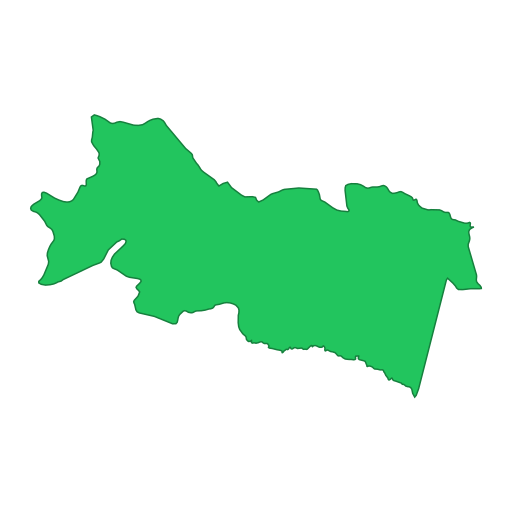 the Province of Orellana
{"feature_id": "ECU-1286", "entity_name": "Orellana", "entity_type": "Province", "adm_level": 1, "iso_a3": "ECU", "parent_name": "Ecuador", "parent_adm1": "", "projection": "orthographic", "projection_center": [-76.398, -0.797], "detail": "fine", "context": "isolated", "style": "filled", "palette": "green", "viewbox_px": 512, "rotation_deg": 0, "n_neighbors": 0, "source": "natural_earth", "source_scale": "10m", "svg_char_len": 6038}
<svg xmlns="http://www.w3.org/2000/svg" viewBox="0 0 512 512"><path d="M473.9,227.0L471.6,228.1L469.6,229.5L468.7,231.7L468.9,233.6L469.7,237.0L469.8,238.9L469.4,240.9L468.2,244.2L468.2,246.6L476.5,275.0L476.6,276.7L476.3,279.9L476.6,281.7L478.1,283.8L479.9,285.4L481.2,287.3L481.3,288.5L479.6,288.7L470.7,288.7L462.7,289.6L458.4,289.5L456.6,288.0L455.5,286.1L452.9,283.1L447.6,278.2L446.4,279.9L418.6,388.8L416.2,395.3L414.7,397.1L412.7,393.4L411.8,389.2L410.7,387.6L409.3,386.8L407.9,386.7L405.8,386.1L404.6,385.0L403.4,384.3L402.3,384.3L401.3,383.1L395.7,381.1L393.9,380.6L393.0,380.0L392.5,379.2L392.2,378.3L391.7,378.1L391.0,378.6L390.2,379.4L389.0,380.0L388.3,379.4L387.8,377.9L385.9,375.5L384.5,372.5L384.0,372.1L383.4,370.5L382.5,369.8L380.2,369.9L377.5,369.2L374.7,369.0L373.9,368.5L373.1,367.7L372.3,367.0L370.8,366.3L369.6,366.0L368.4,366.1L367.3,366.5L366.9,366.2L366.9,365.6L366.5,364.5L365.2,361.4L363.9,360.8L359.3,359.6L358.4,358.7L358.3,357.7L358.7,356.8L358.7,356.0L358.0,355.9L357.3,356.1L355.9,356.1L355.5,356.6L355.4,357.3L355.6,358.3L355.5,359.1L354.8,359.6L353.6,359.8L351.8,359.5L348.4,359.4L345.2,359.0L342.8,357.6L341.5,356.3L340.6,355.8L338.2,355.9L337.3,355.1L336.4,354.0L335.0,352.6L332.8,351.9L330.5,351.5L328.5,350.4L327.3,350.0L326.6,350.1L326.1,350.6L325.3,350.9L324.9,350.3L324.8,349.4L325.0,348.3L324.6,347.2L323.9,346.2L323.3,345.9L322.8,346.3L322.3,347.0L321.2,347.3L319.3,347.2L315.9,345.6L314.0,345.6L313.1,345.8L312.9,346.4L312.4,346.7L312.1,346.4L311.9,345.7L311.5,345.5L311.1,345.6L310.3,346.2L308.4,348.0L307.9,348.6L307.2,349.2L306.6,349.4L305.4,349.2L304.6,349.2L303.4,349.3L302.8,348.9L301.9,348.1L300.8,348.1L297.5,348.5L296.0,347.8L295.1,347.6L294.0,347.8L293.0,348.5L292.0,349.0L291.2,348.8L290.7,348.1L290.3,347.3L289.7,347.3L289.1,348.0L288.6,348.9L287.7,349.6L287.0,349.3L286.2,349.4L285.9,349.5L285.4,350.0L284.2,350.8L283.6,351.5L283.1,352.2L282.4,352.7L282.1,352.6L282.0,351.2L281.4,350.7L279.8,350.2L276.9,349.7L272.2,348.5L269.5,348.1L268.5,347.5L268.6,346.8L269.0,346.1L268.8,345.5L268.0,344.4L267.6,343.6L266.8,343.5L265.7,343.5L264.3,343.5L263.0,342.8L261.8,341.8L260.8,341.8L259.6,342.1L258.3,342.7L256.0,343.2L254.2,342.8L252.3,343.1L251.5,342.6L251.4,341.9L251.6,341.1L251.5,340.5L250.2,341.3L248.6,341.5L247.7,340.9L246.5,339.5L246.3,338.4L246.1,337.2L245.7,336.3L244.7,335.4L243.1,334.1L242.2,333.0L241.3,331.7L239.7,329.5L238.7,326.7L238.2,322.7L238.3,315.3L238.9,312.8L239.0,310.1L238.3,307.8L235.8,305.1L233.3,303.9L230.1,302.9L226.7,302.6L224.0,302.9L219.3,304.3L215.7,304.9L214.8,305.4L213.4,307.5L212.4,308.2L210.7,308.8L208.9,309.0L205.1,310.1L201.4,310.7L196.7,310.9L195.4,311.2L192.7,312.6L191.1,312.8L188.4,312.3L186.2,311.0L184.5,310.7L183.3,311.1L179.8,314.4L178.7,316.0L178.1,318.0L177.7,320.2L177.2,322.2L175.9,323.7L172.6,323.8L154.4,316.4L139.2,312.9L137.1,311.8L135.9,309.8L134.7,304.5L134.0,302.9L133.7,301.7L134.2,300.4L138.0,296.2L139.7,291.9L138.0,289.9L136.9,288.9L136.1,287.4L136.6,286.2L139.7,283.2L141.1,281.4L140.9,280.1L139.9,279.2L137.4,278.5L129.5,277.3L126.3,276.2L117.7,270.3L116.2,269.5L114.5,268.9L112.5,267.9L111.5,266.4L110.8,263.3L111.1,260.3L112.4,257.2L114.5,254.1L123.5,245.6L125.4,243.5L126.1,241.3L125.7,240.1L124.3,239.2L121.7,239.1L119.3,240.8L116.7,242.0L108.3,249.9L103.7,259.0L101.2,262.1L99.7,262.9L92.9,265.4L63.1,279.6L61.1,281.1L57.5,282.1L56.9,282.6L53.8,283.9L50.1,284.7L45.5,285.1L41.2,284.3L38.8,282.9L38.8,281.3L40.7,279.6L42.3,277.6L43.9,274.9L48.3,264.3L48.7,261.5L47.2,255.7L47.4,253.0L48.5,249.5L49.9,246.3L51.2,244.0L53.9,240.4L54.4,238.6L54.3,236.1L52.9,231.4L51.8,229.4L50.2,228.1L47.7,226.5L46.7,225.3L44.7,221.3L39.5,214.6L37.4,212.8L35.5,211.9L33.5,211.4L31.3,210.1L30.7,208.6L31.0,207.0L32.1,205.6L33.9,204.1L39.8,200.6L41.1,199.3L41.9,197.9L41.6,195.6L41.6,193.9L42.3,192.5L43.9,192.2L46.6,193.2L54.6,198.1L58.8,200.0L63.4,201.6L67.0,202.1L69.5,201.8L71.7,200.9L73.4,199.5L77.9,192.2L79.9,187.4L80.6,186.1L81.5,185.5L82.6,185.4L84.9,186.1L85.8,185.8L86.3,184.7L86.2,181.7L86.3,180.1L86.9,178.9L92.6,176.4L94.6,175.3L96.3,173.8L97.0,172.2L96.8,169.2L97.2,167.9L98.1,166.9L99.2,165.8L99.8,164.2L99.8,161.5L98.1,158.0L98.4,157.1L98.8,156.2L99.1,155.2L99.2,153.7L98.8,152.4L96.5,149.0L93.9,145.9L92.8,144.1L91.6,141.8L91.6,140.0L92.3,137.3L92.8,132.2L93.2,130.3L91.4,117.0L94.3,114.9L96.8,115.6L99.9,116.7L105.0,119.2L110.5,123.1L112.7,123.5L114.9,123.1L116.9,122.2L120.0,121.6L123.2,122.2L133.8,125.2L138.4,125.4L142.6,124.7L145.3,123.2L147.5,121.7L150.1,120.3L153.0,119.2L158.0,118.4L160.6,119.1L163.2,120.8L164.5,122.4L166.3,125.5L185.6,148.5L191.4,153.5L192.2,154.6L192.4,155.2L192.6,156.8L192.9,158.0L196.4,163.2L198.0,165.0L199.9,167.9L200.5,169.0L201.5,170.3L203.7,172.2L214.2,179.7L215.9,181.7L216.7,183.2L218.9,186.0L223.1,183.5L227.5,182.2L231.5,187.6L241.4,195.1L244.9,196.9L252.4,196.7L255.5,197.4L256.7,200.3L258.7,202.0L263.1,200.0L270.8,194.4L272.4,193.7L278.6,191.9L282.4,190.0L284.3,189.4L298.8,188.0L316.5,189.2L317.5,190.1L318.5,192.2L319.4,194.6L320.2,199.1L321.2,200.4L324.9,202.1L332.6,207.7L336.9,210.1L341.2,211.1L345.5,211.4L347.7,211.7L348.7,211.2L349.1,210.4L348.7,209.5L347.8,208.2L346.9,206.0L345.1,190.5L345.2,187.6L345.8,185.6L348.0,184.4L351.2,183.7L357.2,183.8L360.6,184.7L363.3,186.1L365.5,187.6L367.6,188.2L369.2,188.0L371.1,187.3L372.8,187.0L377.3,187.0L379.4,186.7L381.3,186.0L383.3,185.5L384.7,185.9L386.4,187.0L387.4,188.2L389.0,190.9L390.2,192.2L392.4,193.4L394.7,193.2L397.3,192.6L399.1,191.9L400.9,191.6L402.8,192.4L404.9,193.7L409.0,195.6L411.2,196.8L412.4,197.9L412.8,199.0L413.3,200.1L414.0,200.2L416.0,199.2L416.6,199.7L417.0,200.7L417.3,202.6L417.9,203.9L418.6,205.1L419.8,206.3L422.0,208.1L428.0,209.9L429.7,209.9L430.9,209.7L439.5,209.9L441.6,210.7L443.6,211.9L445.2,212.4L448.2,212.4L449.2,213.1L449.9,214.6L450.4,216.5L451.0,218.2L452.0,219.3L453.5,219.7L455.3,219.9L458.2,221.3L464.7,223.2L467.0,223.2L468.5,222.9L469.5,222.4L470.2,222.8L470.4,223.4L470.1,225.6L470.4,226.7L471.0,227.1L473.9,227.0Z" fill="#22c55e" stroke="#15803d" stroke-width="1.5"/></svg>